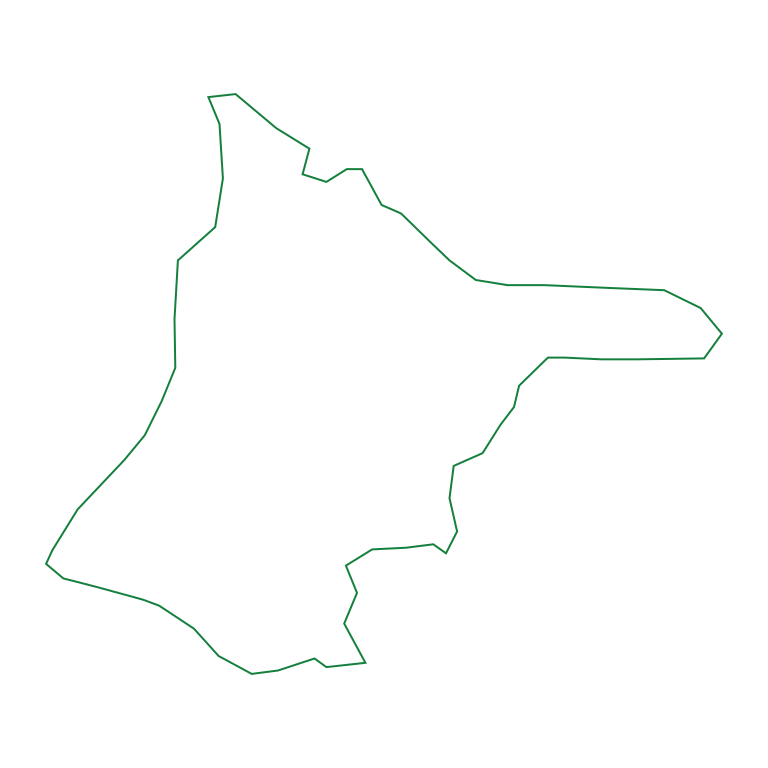 Kissousa, Limassol, Cyprus
{"feature_id": "46923920B24098617372182", "entity_name": "Kissousa", "entity_type": "district", "adm_level": 2, "iso_a3": "CYP", "parent_name": "Cyprus", "parent_adm1": "Limassol", "projection": "mercator", "projection_center": [32.799, 34.807], "detail": "fine", "context": "isolated", "style": "outline", "palette": "green", "viewbox_px": 768, "rotation_deg": 0, "n_neighbors": 0, "source": "geoboundaries", "source_scale": "gbopen_adm2", "svg_char_len": 886}
<svg xmlns="http://www.w3.org/2000/svg" viewBox="0 0 768 768"><path d="M46.1,563.9L63.3,578.4L96.4,586.9L143.1,599.7L159.2,605.7L194.0,628.7L218.6,656.0L251.7,673.9L278.0,670.5L314.5,658.5L326.4,667.1L365.4,662.8L344.2,623.6L357.0,592.9L345.9,565.6L372.2,549.4L406.2,547.7L433.3,544.3L446.0,553.3L457.1,531.5L449.5,498.2L453.7,465.9L482.6,453.1L500.4,424.9L514.0,407.0L519.1,385.7L547.9,357.6L564.9,357.6L600.5,359.3L639.6,359.3L704.1,358.4L721.9,333.7L718.9,330.1L700.7,308.1L664.2,290.2L603.1,287.7L543.7,285.1L507.2,285.1L475.8,280.0L449.5,260.4L429.9,241.6L401.1,213.5L381.6,205.0L362.0,169.1L346.8,169.1L326.4,181.9L302.6,174.3L309.4,148.7L276.3,128.2L235.6,94.1L234.5,94.2L208.4,97.1L219.5,124.0L222.9,178.5L215.2,227.1L177.9,260.4L174.5,319.2L175.3,367.8L161.7,401.1L144.8,435.2L124.4,459.9L77.7,509.3L52.3,550.3L46.1,563.9Z" fill="none" stroke="#15803d" stroke-width="2"/></svg>